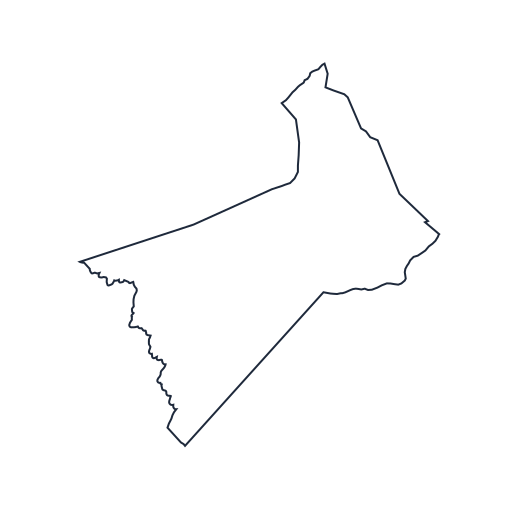 outline of Mongomo, Wele-Nzás, Equatorial Guinea, rotated 42°
{"feature_id": "11065452B93694652116414", "entity_name": "Mongomo", "entity_type": "district", "adm_level": 2, "iso_a3": "GNQ", "parent_name": "Equatorial Guinea", "parent_adm1": "Wele-Nzás", "projection": "equal_earth", "projection_center": [11.198, 1.625], "detail": "fine", "context": "isolated", "style": "outline", "palette": "slate", "viewbox_px": 512, "rotation_deg": 42, "n_neighbors": 0, "source": "geoboundaries", "source_scale": "gbopen_adm2", "svg_char_len": 5776}
<svg xmlns="http://www.w3.org/2000/svg" viewBox="0 0 512 512"><g transform="rotate(42 256 256)"><path d="M172.8,125.2L194.3,127.8L212.1,142.8L220.4,152.7L226.6,160.7L230.9,165.5L232.8,172.5L232.5,179.0L229.9,183.6L228.4,186.6L223.2,195.6L188.6,274.4L129.0,378.2L129.4,378.1L129.5,378.1L131.4,377.1L132.8,376.0L141.1,376.8L141.5,377.3L142.2,377.8L143.4,378.4L144.9,378.8L145.2,378.8L145.5,378.8L145.9,378.6L146.1,378.3L146.3,378.1L147.4,376.2L149.3,375.4L149.5,375.3L149.9,374.9L151.0,373.3L151.4,374.6L151.5,374.8L151.6,375.2L151.8,375.4L152.6,376.2L152.8,376.4L153.2,376.5L153.5,376.6L153.8,376.5L154.0,376.4L155.4,375.5L155.8,375.1L156.8,373.6L158.8,372.3L160.3,372.6L162.4,375.2L162.8,375.5L164.9,376.8L165.2,376.9L165.4,376.9L165.7,376.8L166.0,376.7L166.3,376.4L166.5,376.1L167.7,373.7L167.8,373.4L167.8,373.0L167.9,372.6L167.8,372.2L167.4,370.1L167.3,369.7L167.0,369.0L167.5,368.9L168.1,368.4L169.5,366.7L169.7,366.2L169.8,366.0L170.0,365.4L171.2,366.6L171.5,366.7L171.7,366.8L172.1,366.9L172.5,366.8L172.7,366.6L173.0,366.4L174.1,364.9L174.4,364.4L174.5,364.0L174.5,363.4L174.4,362.8L174.2,362.1L178.6,360.6L179.3,360.8L179.5,360.9L179.9,360.8L180.2,360.7L180.5,360.5L180.8,360.0L181.7,358.1L182.1,357.4L182.8,357.9L184.3,359.1L184.6,359.2L186.2,359.8L186.4,359.9L189.0,360.2L190.4,361.3L191.1,362.6L192.1,366.6L192.2,366.9L192.3,367.1L193.8,369.8L194.0,370.1L195.9,372.4L198.1,374.5L198.9,375.3L199.0,377.4L199.1,377.9L199.2,378.3L199.3,378.4L199.6,378.8L201.3,380.3L201.5,380.4L201.8,380.5L202.1,380.5L202.4,380.5L203.1,380.2L203.3,380.4L203.2,382.5L203.2,383.3L203.4,383.7L203.7,384.0L204.0,384.0L204.5,384.1L204.7,384.6L205.1,385.1L206.2,386.2L206.5,386.6L206.7,388.2L206.9,389.2L207.0,390.0L207.2,390.3L207.8,391.8L208.3,392.4L208.8,392.7L209.5,392.9L210.0,392.9L210.4,392.8L210.7,392.6L210.9,392.5L211.1,392.4L212.0,391.5L212.8,390.8L214.0,389.5L214.1,389.3L214.2,389.2L214.4,388.8L214.6,388.6L214.8,388.4L215.1,387.9L215.2,387.6L215.4,387.5L215.5,387.4L215.9,387.6L216.4,387.8L216.9,387.8L217.1,387.8L217.3,387.8L217.9,387.5L219.1,386.5L219.3,386.2L220.9,386.5L221.3,386.6L221.5,386.7L222.0,386.7L222.3,386.6L222.6,386.5L222.8,386.3L223.0,386.3L223.6,385.6L223.9,385.4L224.1,385.4L224.5,385.7L224.6,385.9L225.3,386.2L225.6,386.4L225.8,386.7L226.0,386.8L226.1,387.0L226.5,387.3L227.2,387.6L227.6,387.5L228.1,387.4L228.6,387.2L228.9,387.0L229.5,386.6L230.9,385.7L231.1,386.2L231.6,387.2L231.7,387.5L231.9,388.1L231.9,388.6L232.0,388.8L232.1,389.1L232.3,389.6L232.9,390.4L233.0,390.5L233.4,391.0L233.6,391.1L233.7,391.3L233.9,391.5L234.4,392.1L234.8,392.5L235.1,392.8L235.6,393.2L235.9,393.3L236.4,393.5L237.0,393.7L237.5,393.8L238.3,394.1L238.5,394.4L238.5,394.6L239.2,395.8L239.5,396.8L239.6,397.1L239.7,397.3L240.3,398.5L240.5,398.6L240.6,398.8L240.9,399.1L241.5,399.4L241.9,399.5L242.5,399.3L243.3,399.1L243.9,398.7L244.1,398.4L244.5,398.8L245.3,399.4L245.6,399.8L245.8,400.0L246.0,400.2L246.3,400.4L246.6,400.5L247.0,400.7L247.4,400.7L248.0,400.6L248.3,400.5L248.8,399.9L249.1,399.3L249.3,398.9L249.5,398.1L249.8,397.3L250.1,397.8L250.2,398.1L250.4,398.3L250.6,398.6L250.8,398.7L251.1,398.9L251.4,399.1L251.6,399.1L251.9,399.2L252.3,399.1L253.0,398.8L253.6,398.3L254.1,397.6L254.4,397.1L254.9,396.6L255.2,396.3L255.5,396.2L255.9,396.3L256.1,396.6L256.3,396.7L256.5,396.9L256.8,397.1L257.2,397.4L257.4,397.4L257.5,397.5L258.1,397.8L258.7,398.0L259.0,398.0L259.9,398.0L260.2,397.9L260.4,397.8L260.5,397.7L261.3,397.0L261.6,397.5L261.8,398.0L262.1,398.9L262.4,400.1L262.5,401.4L262.5,404.2L262.6,405.0L262.7,405.3L262.8,405.6L263.1,406.2L263.2,406.4L263.4,406.7L264.0,407.3L264.2,407.6L264.6,408.4L264.8,409.0L264.9,409.4L265.1,410.0L265.1,410.4L265.1,411.4L265.1,411.6L265.1,411.8L265.3,412.7L265.5,413.6L265.8,414.3L266.1,414.6L266.6,415.1L267.0,415.2L267.3,415.3L267.8,415.4L268.1,415.3L268.3,415.3L268.7,415.1L269.1,414.9L269.4,414.7L269.8,414.3L270.2,414.7L270.8,414.8L271.3,414.7L271.8,414.5L271.9,414.8L272.1,414.9L272.2,415.2L272.5,415.6L272.7,415.8L272.9,415.9L273.3,416.2L273.8,416.5L274.8,417.2L275.6,417.7L276.1,417.8L276.5,417.7L276.8,417.6L277.0,417.6L277.2,417.4L277.6,417.3L278.7,416.7L279.2,416.6L279.5,416.7L280.1,416.9L280.5,417.2L280.8,417.6L281.4,418.2L281.9,418.5L282.2,418.7L282.4,418.7L282.6,418.8L283.0,418.9L283.6,418.8L284.1,418.6L284.8,418.1L285.7,417.4L286.4,417.1L286.7,417.6L287.1,418.8L287.5,419.5L287.8,420.1L288.0,420.5L288.2,421.1L288.7,422.0L289.3,422.8L289.8,423.2L290.4,423.5L290.6,423.5L290.9,423.6L291.8,423.6L292.4,423.5L293.4,422.8L293.6,422.6L293.8,422.4L294.1,421.9L294.9,422.9L295.4,423.4L296.1,423.8L296.8,424.0L297.0,424.0L297.8,424.1L298.0,424.0L298.7,423.8L299.0,423.5L299.2,423.3L299.3,423.2L299.6,427.0L300.5,430.3L301.9,433.3L302.6,435.7L303.4,438.8L305.1,442.8L325.0,444.8L328.1,444.2L330.3,444.6L330.4,237.8L336.4,234.1L338.8,232.3L341.7,230.0L343.7,227.2L345.2,225.7L346.6,223.4L347.9,220.5L348.9,218.2L350.2,215.7L352.0,213.5L354.1,212.0L356.7,210.4L358.7,207.5L359.9,207.1L362.0,206.3L364.7,203.5L367.4,198.2L369.1,193.6L371.5,188.9L374.1,186.6L377.7,184.3L380.9,182.1L382.4,179.1L383.0,174.7L382.4,172.6L379.5,170.2L377.4,168.5L375.6,165.6L374.8,162.4L374.4,159.3L373.5,156.1L373.7,151.2L376.0,147.5L377.3,142.4L378.2,138.6L378.0,133.2L378.9,128.9L379.2,124.7L378.3,119.9L377.5,117.9L377.5,117.2L359.0,117.8L360.4,115.0L321.0,113.8L268.9,88.6L261.4,91.3L254.3,89.8L248.7,90.9L218.0,76.7L213.4,76.7L202.9,81.1L194.8,84.2L187.3,72.6L178.2,67.2L177.4,69.5L177.3,72.1L177.4,75.2L177.3,75.7L175.4,79.2L174.4,81.4L174.0,83.9L175.2,86.0L175.4,86.6L175.7,89.7L175.6,89.9L175.7,90.0L175.6,90.4L175.5,90.5L174.5,92.8L175.3,94.8L175.4,95.5L175.3,95.9L174.3,99.8L174.0,102.2L174.0,106.2L173.6,109.9L173.8,113.2L174.0,116.5L174.0,120.2L173.9,120.6L172.8,125.2Z" fill="none" stroke="#1e293b" stroke-width="2"/></g></svg>